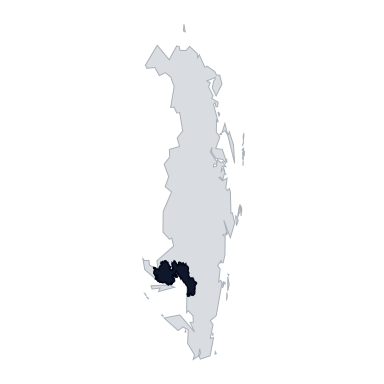 Russia, with Khabarovsk highlighted, rotated 92°
{"feature_id": "RUS-2614", "entity_name": "Khabarovsk", "entity_type": "Territory", "adm_level": 1, "iso_a3": "RUS", "parent_name": "Russia", "parent_adm1": "", "projection": "robinson", "projection_center": [136.924, 54.6], "detail": "fine", "context": "in_parent", "style": "filled", "palette": "ink", "viewbox_px": 384, "rotation_deg": 92, "n_neighbors": 0, "source": "natural_earth", "source_scale": "10m", "svg_char_len": 9488}
<svg xmlns="http://www.w3.org/2000/svg" viewBox="0 0 384 384"><g transform="rotate(92 192 192)"><path d="M271.2,236.5L260.3,238.8L262.3,236.9L261.8,232.7L266.7,231.9L270.3,223.1L262.0,224.7L246.7,208.4L238.9,210.5L240.0,212.8L233.1,219.6L212.5,220.1L192.6,212.4L187.7,219.0L177.5,215.8L165.2,220.8L157.8,215.5L150.2,216.1L147.0,206.0L138.6,208.7L131.3,203.4L113.1,207.1L113.6,209.9L107.8,212.9L108.2,216.3L87.4,213.5L78.0,217.2L73.7,222.7L76.8,228.7L68.9,233.5L70.0,241.3L66.9,243.0L46.6,231.9L60.6,219.4L46.5,212.4L47.1,209.9L50.9,208.8L50.9,202.9L46.6,199.5L53.4,191.6L58.1,191.1L54.5,189.6L67.0,183.4L65.7,181.3L70.9,173.4L74.4,171.5L74.2,168.4L83.1,165.8L95.1,171.3L87.4,175.4L80.4,174.2L78.6,172.9L76.8,172.7L80.5,181.1L82.1,177.6L86.5,179.1L95.1,174.3L97.7,175.6L101.4,169.0L105.8,169.4L106.1,171.0L101.9,172.1L103.7,173.6L121.4,168.2L119.2,170.0L131.4,169.8L136.0,166.1L147.7,169.8L148.4,163.2L160.0,158.9L162.0,159.4L158.5,162.3L157.4,169.4L151.1,173.9L146.5,173.6L151.5,175.0L160.7,168.5L163.4,168.2L163.2,171.2L166.2,171.6L165.5,168.4L158.7,167.7L161.6,164.3L160.6,162.3L165.6,159.1L165.1,162.7L169.3,163.5L170.6,163.5L166.6,161.2L171.6,160.1L179.0,161.7L175.9,164.3L176.9,165.5L179.7,161.8L176.9,157.4L187.0,158.4L189.4,156.8L187.2,154.9L190.0,153.7L212.0,152.3L211.5,150.9L221.3,148.2L236.4,152.1L219.2,159.2L229.0,156.3L233.8,156.6L233.4,159.1L233.6,159.5L234.2,159.5L235.4,157.3L253.8,156.9L261.6,158.4L261.7,160.8L259.0,160.1L264.7,163.9L267.7,161.2L280.9,162.2L279.3,160.2L282.2,158.9L314.8,163.5L319.9,169.3L323.6,166.4L337.7,168.6L336.7,165.4L355.1,168.2L358.7,177.9L356.2,179.1L352.6,177.9L348.4,178.9L355.8,179.7L359.3,185.0L354.7,183.8L343.4,191.1L329.9,190.9L327.2,196.2L330.9,201.1L318.9,215.5L315.3,199.9L331.9,184.5L322.4,189.4L322.1,186.1L315.7,186.7L310.8,191.5L312.7,193.2L285.8,193.7L271.7,204.9L285.0,209.1L282.5,222.7L271.2,236.5ZM161.8,150.4L134.5,158.0L130.4,156.9L143.3,152.2L161.8,150.4ZM287.8,206.1L292.7,222.0L289.1,220.5L290.4,228.5L287.1,229.7L285.7,212.0L287.8,206.1ZM122.4,161.5L134.0,158.2L129.6,161.2L131.5,164.0L122.4,161.5ZM275.4,153.3L283.1,151.6L289.7,152.9L275.4,153.3ZM209.1,143.2L215.8,145.6L205.4,144.4L209.1,143.2ZM207.5,141.6L214.2,142.2L203.9,142.8L207.5,141.6ZM218.8,144.8L224.2,146.4L213.8,147.6L218.8,144.8ZM291.1,153.6L295.0,153.1L299.1,153.7L291.1,153.6ZM24.7,205.9L32.2,204.3L31.3,206.2L24.7,205.9ZM137.5,142.5L141.9,142.2L133.1,142.9L137.5,142.5ZM282.6,156.7L286.9,158.1L280.2,157.7L282.6,156.7ZM115.2,167.7L111.9,168.8L111.3,168.1L113.4,166.9L115.2,167.7ZM145.9,142.0L150.0,141.7L151.5,142.0L145.9,142.0ZM158.6,141.9L156.1,142.7L153.6,142.4L154.8,141.9L158.6,141.9ZM162.2,142.1L159.1,142.0L163.9,141.8L162.2,142.1ZM133.6,164.6L133.6,166.4L132.2,165.1L133.6,164.6ZM207.0,143.6L204.1,144.0L202.8,143.4L207.0,143.6ZM149.1,141.1L154.1,141.0L151.8,141.4L149.1,141.1ZM353.2,163.4L350.8,163.1L352.7,162.1L353.2,163.4ZM134.4,142.1L137.1,142.3L131.1,142.3L134.4,142.1ZM160.6,158.3L157.5,158.5L160.7,158.2L160.6,158.3ZM232.5,155.1L233.5,156.1L231.4,155.5L232.5,155.1ZM335.0,166.0L333.1,166.5L332.0,166.1L335.0,166.0ZM151.7,142.8L149.8,142.6L153.1,142.8L151.7,142.8ZM152.7,141.5L153.5,142.0L151.2,141.6L152.7,141.5ZM300.4,231.2L299.9,232.4L298.2,234.0L300.4,231.2ZM148.0,142.8L149.0,143.3L147.0,143.2L148.0,142.8ZM171.5,159.9L169.1,160.4L168.6,160.3L171.5,159.9ZM332.3,194.0L330.5,193.7L332.0,193.1L332.3,194.0ZM282.3,155.7L281.4,156.5L280.9,155.9L282.3,155.7ZM276.8,203.9L277.1,205.4L276.0,205.0L276.8,203.9ZM317.5,216.1L316.2,218.1L315.7,217.5L317.5,216.1ZM144.4,142.9L142.3,143.1L141.8,142.9L144.4,142.9ZM173.8,158.5L172.8,159.3L172.5,159.0L173.8,158.5ZM274.1,152.7L272.9,153.2L273.3,152.2L274.1,152.7ZM295.0,235.5L297.5,233.9L294.9,235.9L295.0,235.5Z" fill="#d9dde1" stroke="#a8b0b8" stroke-width="1"/><path d="M270.4,223.1L269.7,222.8L270.5,222.8L270.9,222.6L271.0,222.2L270.1,222.2L269.7,221.8L269.4,222.0L268.7,222.1L268.3,221.7L267.3,221.5L267.0,220.5L266.2,220.4L266.1,220.1L265.3,220.2L265.3,219.9L264.7,219.7L264.4,220.0L264.4,220.4L264.0,220.1L263.2,220.5L263.1,220.4L263.3,219.8L263.3,219.3L263.0,219.1L263.3,219.0L263.4,218.5L262.9,218.3L263.0,218.1L263.3,217.8L263.0,217.2L262.7,217.3L262.6,217.0L262.1,217.1L262.0,216.9L262.3,216.7L262.2,216.4L261.8,216.4L261.7,216.6L261.6,216.4L262.0,215.8L261.9,215.5L262.2,215.4L262.5,214.8L262.8,214.8L263.1,214.4L263.5,214.5L263.3,213.6L265.2,213.3L265.6,213.1L265.5,212.8L265.8,212.8L265.9,212.5L266.5,212.2L267.2,212.2L267.8,212.0L267.4,211.5L267.5,211.3L267.4,211.0L267.5,210.8L268.8,211.3L270.4,211.5L270.4,211.2L270.7,210.9L270.5,210.7L270.4,210.5L270.5,210.3L270.5,210.1L270.9,209.7L270.9,209.4L271.1,209.2L270.8,209.0L271.0,208.8L270.3,208.2L270.0,208.3L270.0,208.5L269.1,208.8L268.2,208.4L267.4,208.8L267.2,209.1L265.0,209.3L264.8,209.6L264.5,209.6L264.4,209.3L263.5,209.3L263.7,209.1L263.5,207.9L262.9,207.7L262.5,207.8L261.4,207.4L261.6,206.9L262.1,206.4L262.9,206.3L263.2,205.7L264.8,204.7L265.0,204.3L265.7,204.3L265.7,203.9L266.2,203.9L266.4,203.7L266.4,203.4L266.9,203.4L266.5,203.3L266.3,203.1L266.3,202.9L266.1,202.6L265.8,202.5L264.5,202.8L263.0,202.8L262.7,202.6L262.6,202.0L262.8,201.4L263.1,201.2L263.2,200.6L263.6,200.4L263.8,200.6L264.0,200.3L264.2,200.5L264.4,200.5L264.3,200.4L264.4,200.0L264.6,199.8L264.5,199.5L263.9,198.9L264.0,198.9L263.6,198.6L263.4,198.7L263.2,198.4L263.6,198.2L264.1,198.4L264.3,198.3L264.2,197.9L264.6,197.7L265.1,197.5L265.2,197.3L264.7,196.8L264.7,196.6L264.3,196.4L264.4,196.2L264.1,195.9L264.6,195.9L265.3,196.3L265.2,196.1L265.2,195.9L265.6,195.7L265.5,195.1L266.1,195.1L266.4,194.6L266.3,194.3L266.5,194.0L266.9,194.0L267.0,193.7L266.9,193.7L267.0,193.4L268.2,193.0L269.5,193.0L270.4,193.3L270.9,193.1L271.1,193.4L271.8,193.4L272.3,192.7L273.0,192.3L273.6,192.5L275.0,192.7L276.5,192.2L276.4,192.0L276.8,191.7L277.6,191.6L277.6,191.9L278.1,191.8L277.9,191.5L278.1,191.1L278.0,190.4L278.2,190.0L278.0,189.7L278.4,189.2L277.9,188.7L278.0,188.5L278.2,188.4L278.1,188.1L278.9,187.9L278.8,187.7L279.0,187.5L279.4,187.6L279.7,187.3L280.6,187.2L280.9,186.7L281.4,186.3L281.5,185.9L282.1,185.7L282.2,184.8L282.7,184.7L282.9,184.3L283.6,184.6L283.6,184.8L284.0,184.7L284.6,185.4L285.0,185.6L285.2,185.8L285.8,185.6L286.0,185.9L286.3,186.0L286.9,185.9L287.5,186.1L287.7,185.6L287.9,185.5L288.2,185.8L288.7,185.8L288.6,186.0L288.8,186.2L289.3,185.9L289.4,186.5L290.0,186.5L290.6,186.2L290.7,185.9L290.9,185.7L291.4,185.7L291.8,185.9L292.4,185.9L292.9,185.7L293.9,186.1L294.7,186.8L294.8,187.3L295.1,187.4L295.0,187.6L295.1,187.9L295.1,188.2L295.1,188.4L295.1,188.5L294.6,188.6L294.7,189.1L294.5,189.3L293.8,189.1L292.8,189.8L293.0,190.0L293.4,190.5L294.5,190.3L294.7,190.7L295.2,190.7L295.1,191.0L295.4,191.3L295.9,191.1L296.1,191.3L296.2,191.7L296.1,191.8L296.3,192.0L296.2,192.6L295.7,192.7L294.8,192.5L294.6,192.6L294.7,193.1L294.1,193.3L293.6,193.0L293.8,192.6L293.6,192.6L293.3,192.5L291.9,192.7L289.6,192.6L288.8,192.8L288.1,192.7L286.3,193.4L285.8,193.7L285.0,194.7L283.3,195.6L282.8,196.8L281.8,197.1L281.3,197.8L281.0,197.8L280.6,198.3L280.1,198.3L279.6,198.7L279.5,199.0L278.9,199.2L278.8,199.6L278.8,199.4L278.6,199.5L278.2,200.1L277.9,200.2L277.9,200.4L278.2,200.5L277.8,200.6L277.4,200.8L277.1,201.4L276.5,201.6L276.4,201.9L276.2,201.8L275.0,202.7L274.3,202.9L273.7,203.6L272.3,204.3L271.7,204.8L271.8,205.3L272.7,205.4L272.9,205.6L274.5,205.5L274.8,205.3L274.8,205.5L275.2,205.4L275.3,205.6L275.1,205.8L275.2,206.0L275.1,206.3L275.1,206.7L274.8,207.4L274.9,207.7L275.0,207.8L275.4,207.6L275.8,207.7L276.2,207.1L275.9,207.1L275.7,206.8L276.4,206.3L277.1,206.3L276.6,207.0L276.5,206.8L276.2,206.9L276.2,207.1L276.8,207.3L277.4,207.3L276.8,207.6L276.6,208.1L276.0,208.3L276.3,208.5L277.5,208.3L278.0,208.1L278.3,207.9L278.5,207.4L278.9,207.2L278.9,207.7L278.1,208.6L278.6,208.5L279.1,207.9L279.3,207.1L279.3,206.9L279.1,207.0L279.3,206.5L279.0,206.4L280.5,206.7L281.4,206.3L281.6,206.6L282.5,207.0L282.7,207.3L282.5,207.6L283.2,208.2L284.4,208.6L284.0,208.6L285.0,209.1L284.9,209.3L285.1,209.3L285.1,209.5L284.6,209.8L284.6,210.0L283.9,209.6L283.5,209.6L284.0,209.9L284.4,210.3L284.7,210.4L284.6,210.6L284.9,210.9L284.5,211.5L285.4,212.3L285.0,212.4L284.9,212.6L285.2,212.9L284.7,213.2L284.5,213.6L284.1,213.7L284.1,214.1L283.8,214.2L284.1,214.3L283.6,214.6L283.7,215.4L283.3,215.8L283.2,216.3L283.3,216.5L283.1,216.8L283.4,217.3L283.3,217.8L283.7,218.0L283.1,218.6L283.4,218.8L283.4,219.4L283.2,220.2L282.9,220.2L283.1,220.3L283.0,220.8L282.9,220.8L283.0,220.9L282.7,221.0L283.1,221.1L282.7,221.7L282.6,222.6L280.6,224.4L280.1,225.6L279.7,225.4L279.0,225.3L279.2,225.0L278.9,224.8L279.6,224.5L279.6,224.2L279.1,223.8L279.2,223.5L279.4,223.5L279.4,223.3L279.0,223.3L278.9,222.7L278.5,222.6L277.5,223.2L276.5,223.3L276.2,223.6L276.9,224.1L276.5,224.5L277.9,224.8L277.7,225.0L277.9,225.0L278.0,225.2L276.6,226.1L275.7,225.8L275.4,226.2L275.5,226.6L274.7,227.3L273.9,227.3L273.4,227.1L273.1,227.3L272.6,226.9L271.9,226.9L272.0,226.6L271.7,226.3L271.2,226.1L271.0,226.3L270.7,226.2L270.3,226.4L270.0,226.8L269.8,226.8L269.7,227.6L268.8,227.7L268.9,226.7L269.3,226.3L269.1,225.9L269.2,225.7L270.0,225.3L270.5,224.7L270.1,223.8L270.4,223.1ZM277.4,204.4L278.1,204.3L277.7,204.6L277.6,205.0L277.1,205.5L276.6,204.8L276.0,205.0L276.7,203.9L277.6,204.0L277.4,204.4ZM275.9,204.1L275.7,204.6L274.8,204.7L275.1,204.4L275.9,204.1ZM277.1,206.2L277.5,205.8L277.3,206.1L277.1,206.2ZM276.9,205.6L276.9,206.1L276.7,206.1L276.7,205.8L276.9,205.6ZM278.1,205.3L278.1,205.2L278.1,205.3Z" fill="#0f172a" stroke="#020617" stroke-width="1.5"/></g></svg>